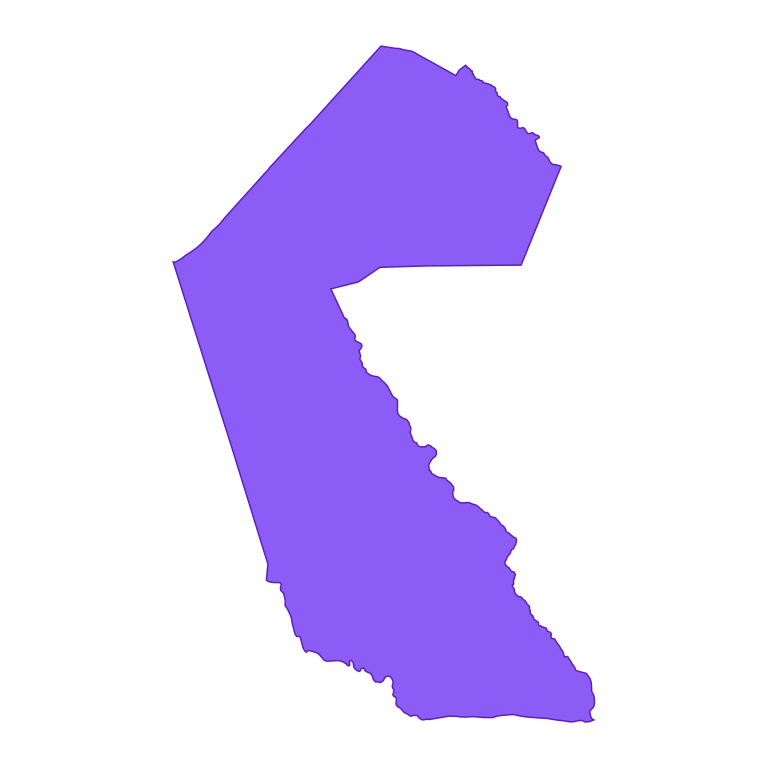 outline of Chicualacuala, Gaza, Mozambique
{"feature_id": "85939544B15867606683535", "entity_name": "Chicualacuala", "entity_type": "district", "adm_level": 2, "iso_a3": "MOZ", "parent_name": "Mozambique", "parent_adm1": "Gaza", "projection": "orthographic", "projection_center": [32.034, -22.729], "detail": "fine", "context": "isolated", "style": "filled", "palette": "violet", "viewbox_px": 768, "rotation_deg": 0, "n_neighbors": 0, "source": "geoboundaries", "source_scale": "gbopen_adm2", "svg_char_len": 6083}
<svg xmlns="http://www.w3.org/2000/svg" viewBox="0 0 768 768"><path d="M561.1,166.4L558.9,165.5L554.7,164.5L553.2,164.6L551.8,163.7L550.9,163.0L549.8,161.5L547.9,157.5L546.7,156.5L545.1,155.6L543.7,153.1L543.2,152.7L540.9,152.0L538.9,150.6L537.6,147.9L535.2,140.7L535.5,139.9L538.0,138.5L539.3,137.4L539.2,136.6L538.8,136.0L537.0,135.2L535.5,134.9L532.4,132.6L529.5,133.6L528.1,133.5L527.5,133.2L527.0,132.5L526.0,131.1L524.8,128.7L524.0,128.0L523.0,127.6L520.6,128.3L519.3,128.2L518.1,127.7L517.5,127.0L517.6,122.2L517.3,120.6L516.9,120.0L516.0,119.4L513.1,119.1L511.1,118.2L509.4,115.6L507.6,110.3L506.1,107.4L506.2,106.7L507.0,105.9L507.7,104.5L507.4,103.0L506.3,101.8L504.0,100.5L500.7,97.9L500.1,96.7L498.1,96.1L497.7,95.8L497.4,94.8L497.2,93.0L496.2,92.1L495.8,91.4L495.6,90.9L495.6,88.7L495.0,87.7L493.9,86.7L492.7,86.4L491.3,85.2L490.5,84.7L486.9,83.5L483.0,82.8L482.9,81.5L482.4,81.0L480.0,80.4L478.8,79.5L478.1,79.3L476.0,79.2L473.4,75.0L473.2,73.9L472.4,73.3L472.4,71.8L472.2,71.2L471.8,70.7L470.9,70.8L470.5,69.8L469.5,68.6L467.5,67.6L467.0,66.6L465.5,65.3L459.6,69.9L459.0,70.5L456.1,75.2L455.8,75.4L454.9,75.3L453.3,74.2L417.0,54.1L415.2,52.9L412.0,51.4L409.9,50.8L404.9,50.1L398.6,48.4L395.9,48.4L381.0,46.1L309.3,125.2L306.1,128.2L269.1,168.2L268.5,169.2L225.5,216.9L219.6,224.1L214.4,229.1L212.2,230.8L206.7,237.9L201.7,243.4L196.4,248.1L188.0,253.9L186.3,254.8L181.6,258.5L175.3,262.2L173.2,261.9L207.3,370.2L232.0,448.1L267.9,564.1L266.4,580.1L267.8,581.2L269.6,581.9L274.3,582.6L279.5,582.6L280.6,583.2L281.3,585.0L280.5,587.4L280.6,590.1L281.5,591.3L283.2,592.8L284.2,595.2L285.1,599.9L285.2,603.3L285.1,605.5L287.9,609.7L290.6,615.8L291.5,618.5L292.3,623.7L294.5,632.1L295.3,634.5L296.6,636.3L299.3,636.5L299.8,636.8L300.3,637.4L303.1,647.9L303.7,649.2L305.4,651.7L306.5,652.1L307.9,650.7L308.8,650.5L312.0,651.3L316.5,652.7L319.1,654.3L324.0,660.1L324.6,660.5L327.2,661.2L337.0,660.6L340.6,661.0L342.4,661.6L346.4,663.8L346.8,664.9L348.7,665.9L349.3,665.7L349.7,664.8L349.7,663.5L349.5,661.9L349.7,661.2L350.2,660.7L351.3,660.5L352.2,661.3L353.1,662.4L353.9,667.1L354.4,668.1L356.0,669.7L356.8,670.5L359.3,671.4L360.2,670.8L361.1,669.1L361.6,668.6L362.4,668.2L363.4,668.1L364.4,668.9L364.9,670.4L365.3,671.0L367.3,672.1L370.3,673.4L371.2,674.4L372.2,675.9L372.8,677.3L373.1,678.8L373.8,680.1L374.9,681.5L375.8,682.0L377.6,681.7L379.1,682.4L380.5,682.5L383.3,680.7L384.9,677.7L386.1,676.6L387.5,676.2L389.7,676.2L391.9,678.6L393.0,681.2L393.0,683.5L392.2,686.2L392.8,688.3L393.7,689.4L393.8,690.8L392.9,694.9L393.5,696.1L395.2,696.9L396.1,698.2L396.4,699.2L396.0,703.4L396.2,704.6L396.7,705.6L398.1,706.9L400.9,708.5L401.8,709.8L404.5,712.8L406.8,713.6L409.9,715.8L411.3,716.2L413.0,715.4L417.0,715.4L419.5,718.2L420.9,719.2L422.5,719.9L425.2,719.6L426.3,719.1L427.4,719.4L430.3,719.3L449.2,716.1L456.9,716.4L460.9,717.0L466.1,717.0L473.0,716.6L483.8,717.5L492.0,717.6L493.4,717.3L496.2,716.3L500.7,715.5L512.1,714.5L514.3,714.7L519.9,715.9L526.3,716.9L534.4,717.6L546.6,718.4L558.9,720.3L564.7,720.9L570.2,721.9L574.6,721.5L578.2,720.7L581.5,720.5L582.4,720.6L585.0,721.9L587.7,721.9L589.9,721.5L593.8,719.9L592.0,718.9L590.7,716.5L590.1,713.9L589.9,711.5L590.7,710.2L593.3,707.3L594.1,705.6L594.5,703.7L594.3,698.6L594.8,699.0L594.2,698.1L594.0,696.1L593.6,695.0L592.1,692.3L591.7,691.2L591.5,685.5L591.0,681.5L590.1,678.9L587.0,674.1L585.6,673.2L579.3,671.6L575.9,670.5L574.4,666.9L572.0,663.8L570.5,660.9L569.3,659.4L567.7,656.7L567.3,656.5L566.1,656.6L565.3,657.0L564.4,656.7L562.7,651.2L560.8,648.8L559.5,646.1L556.7,642.4L555.8,641.1L555.1,639.5L554.4,638.9L553.1,638.8L551.2,638.2L550.9,637.1L551.3,635.0L551.0,633.3L550.5,632.4L547.9,631.4L547.0,630.3L546.1,628.1L542.1,626.8L540.6,625.8L539.9,626.0L538.6,625.3L538.5,623.0L538.3,622.2L534.5,619.7L534.0,619.2L532.6,615.6L531.0,614.4L530.6,613.9L530.3,612.8L530.3,610.7L529.4,609.0L529.5,606.5L529.2,606.0L527.3,604.3L525.5,601.2L522.9,599.1L521.6,597.4L520.6,596.9L518.7,596.6L516.6,595.0L515.2,593.4L514.6,591.5L514.1,588.6L512.9,587.4L512.4,586.1L512.7,584.9L513.3,584.7L513.7,584.0L513.4,581.2L515.1,575.6L515.3,574.5L514.6,573.0L513.8,571.9L511.3,571.4L509.3,568.2L506.4,566.0L505.1,564.0L504.9,563.1L505.0,561.9L506.4,559.3L507.1,557.2L508.4,555.5L510.2,553.5L511.2,550.2L512.5,549.1L513.4,548.8L514.7,545.9L515.5,544.8L516.5,540.8L516.4,539.3L515.9,538.2L513.7,537.2L508.9,533.2L506.4,531.8L505.4,528.9L504.2,527.0L503.2,526.0L500.9,524.5L499.6,522.5L495.4,517.9L493.9,517.4L492.2,517.2L490.6,516.6L489.7,515.8L488.6,513.7L487.6,512.7L487.1,512.5L485.0,512.5L484.3,512.2L482.1,509.9L480.2,508.5L478.4,506.7L476.6,505.5L475.5,504.9L472.7,504.1L468.7,502.5L460.6,503.0L459.6,502.5L458.2,501.3L456.2,500.4L454.0,498.1L453.1,496.2L452.7,493.0L452.8,491.1L453.7,490.6L453.6,487.0L450.8,483.2L449.3,481.9L447.0,480.4L446.1,478.7L445.6,478.2L444.8,478.0L439.7,477.5L437.6,476.9L432.1,473.9L430.4,470.7L429.6,470.0L429.4,470.1L429.0,469.1L429.0,466.7L428.7,466.4L428.8,464.9L429.9,462.4L432.0,459.2L433.3,457.8L434.8,456.8L435.8,455.6L436.4,453.2L436.4,451.7L436.0,450.4L434.4,448.6L431.9,447.2L430.6,445.8L428.6,445.0L427.0,445.3L426.3,445.9L426.2,446.6L425.8,446.7L421.3,446.9L418.7,446.3L417.4,444.7L416.4,442.7L414.5,442.1L413.4,441.1L412.9,440.1L411.4,435.6L410.3,433.1L410.3,431.5L410.8,429.6L410.8,428.1L410.5,426.8L409.6,425.6L409.4,425.1L409.1,423.0L408.9,422.5L406.6,419.6L405.5,419.0L403.2,418.3L400.4,416.6L398.9,415.2L398.1,413.9L397.6,412.4L397.3,409.7L397.6,406.4L397.4,403.6L397.6,401.1L397.2,399.7L394.1,397.5L392.9,396.4L392.0,395.0L387.3,385.9L384.4,382.7L381.9,380.6L379.9,378.1L377.6,376.8L373.3,376.1L369.9,374.9L366.4,372.3L366.1,370.0L365.2,368.7L363.7,367.8L362.8,366.7L362.2,365.5L362.2,363.1L359.7,358.9L360.6,356.4L359.9,353.4L358.9,351.0L361.0,348.3L361.7,346.9L361.8,345.5L361.5,344.2L360.7,343.5L356.6,341.4L355.8,340.9L354.8,339.4L354.7,338.3L355.4,336.4L355.0,334.8L352.7,332.0L348.8,326.8L348.5,325.9L347.4,320.7L346.3,318.9L344.5,318.2L330.8,288.9L358.7,281.8L379.9,267.3L426.1,265.9L521.1,265.1L561.1,166.4Z" fill="#8b5cf6" stroke="#5b21b6" stroke-width="1.5"/></svg>